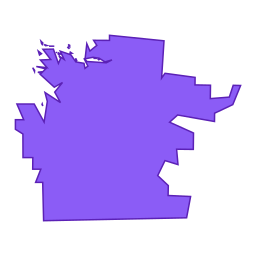 Derby-West Kimberley, Western Australia, Australia
{"feature_id": "25037944B76695994650709", "entity_name": "Derby-West Kimberley", "entity_type": "district", "adm_level": 2, "iso_a3": "AUS", "parent_name": "Australia", "parent_adm1": "Western Australia", "projection": "albers", "projection_center": [123.97, -17.504], "detail": "medium", "context": "isolated", "style": "filled", "palette": "violet", "viewbox_px": 256, "rotation_deg": 0, "n_neighbors": 0, "source": "geoboundaries", "source_scale": "gbopen_adm2", "svg_char_len": 1715}
<svg xmlns="http://www.w3.org/2000/svg" viewBox="0 0 256 256"><path d="M43.6,220.7L186.6,217.8L190.6,196.5L168.1,195.5L168.3,185.6L157.7,175.6L165.0,160.6L178.0,164.6L176.6,149.2L193.3,149.4L193.5,133.0L169.6,122.2L177.6,115.0L214.5,121.5L214.6,113.2L232.8,104.6L240.6,85.5L233.2,85.3L229.3,97.1L210.3,98.6L210.5,85.2L195.0,84.9L195.1,77.4L165.0,73.3L161.6,78.1L164.0,40.8L109.5,35.3L109.5,40.4L93.6,40.3L96.8,45.4L89.9,51.0L86.8,43.7L85.1,58.8L93.0,57.3L99.1,58.2L105.0,61.9L112.0,59.9L106.3,62.8L87.0,61.5L83.9,58.2L87.9,66.1L85.0,68.4L84.0,63.3L75.8,61.9L70.9,54.8L60.3,51.2L64.1,59.4L59.0,56.0L60.6,58.5L58.4,63.4L53.4,49.1L42.9,49.3L50.7,59.5L40.4,60.0L47.1,67.7L36.3,66.5L45.7,68.9L40.2,74.3L54.3,87.2L62.5,82.5L54.7,92.1L60.5,102.6L45.0,92.5L47.3,101.4L44.1,122.1L34.2,104.0L16.9,104.0L23.7,119.7L15.4,119.7L15.4,129.3L22.9,134.0L23.0,157.6L32.8,157.6L32.7,169.2L40.8,169.2L35.6,182.4L42.7,182.4L43.6,220.7ZM50.3,46.2L54.3,46.2L49.0,46.1L50.3,46.2ZM38.3,51.1L39.5,55.0L41.5,53.7L38.3,51.1ZM32.7,67.7L34.5,71.5L34.6,70.3L32.7,67.7ZM37.9,72.2L40.7,73.3L41.6,71.8L37.9,72.2ZM59.6,53.6L61.8,54.7L57.9,52.5L59.6,53.6ZM68.2,44.5L69.7,46.3L69.7,45.3L68.2,44.5ZM77.0,61.1L76.2,59.4L75.7,58.3L75.8,60.0L77.0,61.1ZM41.4,43.3L42.8,45.3L42.4,44.3L43.1,44.4L41.4,43.3ZM42.0,104.4L42.8,106.0L42.2,103.9L42.0,104.4ZM56.4,51.9L56.6,53.1L56.6,52.3L56.4,51.9ZM69.9,53.6L70.4,53.6L70.3,53.3L71.9,53.2L70.3,52.1L69.9,53.6ZM69.4,48.8L68.2,47.0L67.8,47.5L69.4,48.8ZM46.9,45.5L44.2,44.5L45.6,45.7L46.9,45.5ZM94.8,58.0L93.5,58.4L96.9,58.4L94.8,58.0ZM41.0,41.2L41.4,42.9L42.5,42.7L41.0,41.2ZM98.8,59.8L99.9,59.0L98.4,59.4L98.8,59.8ZM57.7,53.4L59.1,55.0L59.0,54.4L57.7,53.4Z" fill="#8b5cf6" stroke="#5b21b6" stroke-width="1.5"/></svg>